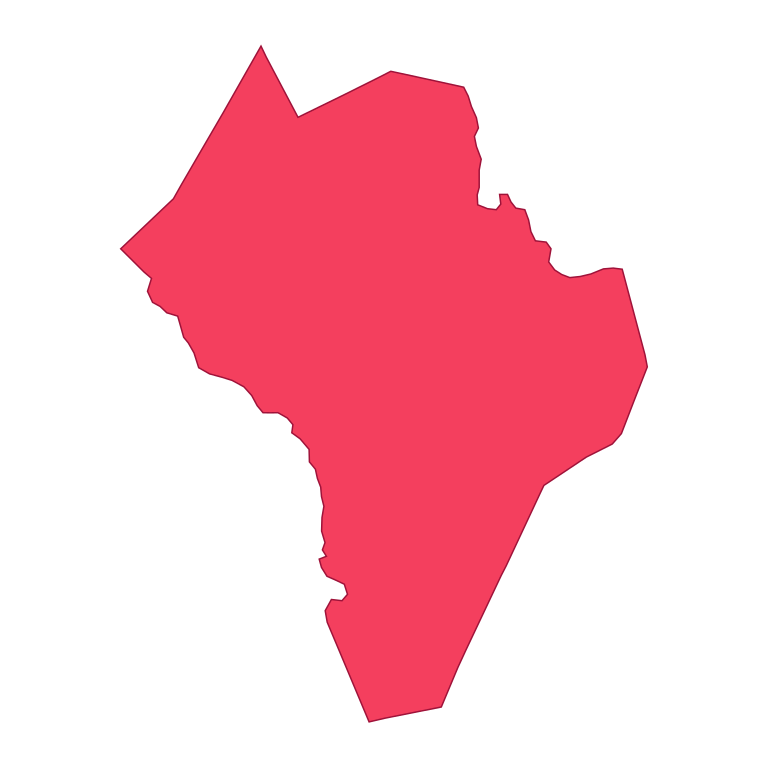 the district of Itabaiana, Sergipe, Brazil
{"feature_id": "56859067B51160750377401", "entity_name": "Itabaiana", "entity_type": "district", "adm_level": 2, "iso_a3": "BRA", "parent_name": "Brazil", "parent_adm1": "Sergipe", "projection": "albers", "projection_center": [-37.424, -10.699], "detail": "fine", "context": "isolated", "style": "filled", "palette": "rose", "viewbox_px": 768, "rotation_deg": 0, "n_neighbors": 0, "source": "geoboundaries", "source_scale": "gbopen_adm2", "svg_char_len": 1456}
<svg xmlns="http://www.w3.org/2000/svg" viewBox="0 0 768 768"><path d="M612.3,444.0L621.4,433.6L634.2,400.4L647.3,366.9L645.0,354.9L622.2,269.2L613.2,268.1L603.4,268.9L590.8,274.0L580.2,276.5L569.8,277.6L561.7,274.5L554.7,270.0L548.7,262.0L551.0,248.8L546.2,242.1L535.4,240.8L530.9,231.6L528.6,220.0L524.8,209.7L515.8,208.1L511.0,202.0L507.5,194.4L499.6,194.4L500.8,204.1L496.3,209.7L487.5,208.7L477.7,204.8L477.2,194.9L479.2,187.5L479.2,179.6L479.2,170.1L481.2,159.2L476.4,146.4L474.4,136.4L478.4,128.0L476.4,117.7L471.4,106.5L468.2,96.1L463.7,87.2L416.7,76.9L390.8,71.3L377.7,78.0L342.0,95.8L298.0,117.3L266.2,57.0L261.0,46.1L223.3,112.5L198.7,154.8L181.7,184.1L173.4,198.8L120.7,248.8L144.0,272.0L151.5,278.4L147.5,291.3L152.6,302.4L160.1,306.4L166.8,312.8L177.7,316.1L180.5,325.9L183.7,337.3L188.3,342.9L194.0,352.9L198.7,367.7L209.6,373.9L221.8,377.2L232.1,380.4L243.9,386.8L251.7,395.5L257.2,405.7L263.0,412.7L270.5,412.8L278.0,412.7L287.3,418.0L292.9,424.7L291.8,432.8L300.1,438.8L309.1,449.4L309.4,461.9L315.4,469.2L317.4,478.4L320.7,487.1L321.5,496.6L323.9,506.3L322.0,517.5L321.6,531.1L325.0,542.6L322.4,549.9L326.4,556.3L319.2,559.1L321.5,567.5L327.0,576.3L335.0,579.8L344.3,584.2L347.5,594.3L342.0,600.7L331.4,599.5L325.2,610.7L327.2,622.2L338.5,649.0L369.1,721.9L384.9,718.2L441.3,707.0L457.9,667.4L465.8,650.3L501.2,575.5L506.2,565.8L539.9,493.8L543.9,485.4L586.3,457.1L612.3,444.0Z" fill="#f43f5e" stroke="#9f1239" stroke-width="1.5"/></svg>